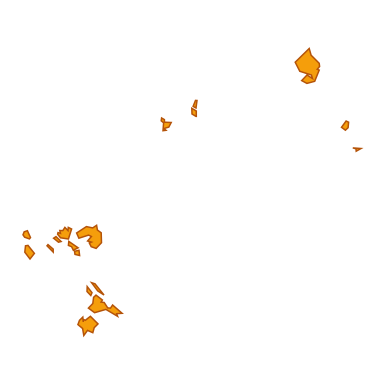 SVG path tracing the border of Kepulauan Riau
{"feature_id": "IDN-1796", "entity_name": "Kepulauan Riau", "entity_type": "Province", "adm_level": 1, "iso_a3": "IDN", "parent_name": "Indonesia", "parent_adm1": "", "projection": "albers", "projection_center": [105.285, 2.055], "detail": "medium", "context": "isolated", "style": "filled", "palette": "amber", "viewbox_px": 384, "rotation_deg": 0, "n_neighbors": 0, "source": "natural_earth", "source_scale": "10m", "svg_char_len": 1847}
<svg xmlns="http://www.w3.org/2000/svg" viewBox="0 0 384 384"><path d="M319.2,70.1L314.7,81.3L306.9,83.4L301.7,80.6L307.0,75.0L312.5,78.5L311.4,75.0L299.8,71.3L295.2,62.2L309.2,48.5L311.1,55.2L319.2,63.3L319.6,66.5L317.2,69.3L319.2,70.1ZM101.2,232.8L101.5,242.7L96.1,248.4L91.2,246.7L89.3,243.0L91.4,242.1L87.6,241.0L91.4,236.5L88.6,235.1L78.9,238.2L76.6,233.0L86.4,226.6L92.7,227.9L96.6,225.3L97.4,230.0L101.2,232.8ZM112.6,305.0L122.1,313.3L116.6,313.7L117.6,316.3L105.9,309.4L94.6,312.7L88.4,308.1L92.8,303.5L93.6,297.3L96.0,295.1L102.4,300.0L101.1,302.1L104.2,302.5L107.7,307.9L110.5,308.1L112.6,305.0ZM90.4,316.3L98.0,323.9L94.2,327.7L92.8,332.7L87.5,330.4L83.8,335.5L82.6,328.5L77.9,324.6L79.5,320.3L82.8,317.1L83.2,321.9L83.6,319.5L85.3,320.3L90.4,316.3ZM71.6,229.0L68.4,239.0L60.5,237.8L57.6,234.2L58.0,232.6L60.5,233.4L59.8,230.5L62.8,230.6L64.9,227.4L68.0,230.6L68.3,227.4L71.6,229.0ZM28.0,245.4L34.4,253.4L30.0,259.0L24.8,252.2L25.5,245.8L28.0,245.4ZM164.5,122.2L171.2,122.5L168.8,127.1L164.0,128.5L166.0,130.3L163.0,130.7L163.6,122.8L161.2,120.8L161.6,118.0L164.4,119.6L164.5,122.2ZM68.8,241.4L78.1,247.8L73.3,250.2L71.6,246.7L68.4,245.4L68.8,241.4ZM30.5,237.6L29.4,238.9L24.6,237.2L23.0,234.8L24.2,231.8L27.4,230.7L30.5,237.6ZM95.0,283.8L104.0,295.0L97.7,290.9L91.6,282.7L95.0,283.8ZM341.5,127.3L346.1,121.0L348.6,122.2L348.1,127.7L345.4,130.2L341.5,127.3ZM196.3,111.0L196.3,116.4L196.0,116.4L192.0,114.0L191.8,108.3L196.3,111.0ZM48.0,244.6L53.2,249.1L53.2,252.1L47.0,245.8L48.0,244.6ZM56.0,236.6L61.1,241.5L58.5,242.2L53.6,238.2L56.0,236.6ZM79.6,255.5L75.0,254.4L74.5,251.3L79.0,250.3L79.6,255.5ZM92.0,292.7L90.8,295.5L87.0,291.5L87.2,286.6L92.0,292.7ZM361.0,148.5L356.2,151.2L356.0,148.8L352.8,147.9L361.0,148.5ZM195.5,100.4L197.0,100.5L196.0,108.0L193.1,106.4L195.5,100.4Z" fill="#f59e0b" stroke="#b45309" stroke-width="1.5"/></svg>